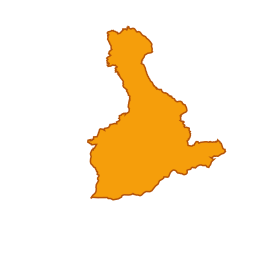 outline of Brad, Hunedoara, Romania, rotated 317°
{"feature_id": "2599482B48493283772972", "entity_name": "Brad", "entity_type": "district", "adm_level": 2, "iso_a3": "ROU", "parent_name": "Romania", "parent_adm1": "Hunedoara", "projection": "equal_earth", "projection_center": [22.817, 46.147], "detail": "fine", "context": "isolated", "style": "filled", "palette": "amber", "viewbox_px": 256, "rotation_deg": 317, "n_neighbors": 0, "source": "geoboundaries", "source_scale": "gbopen_adm2", "svg_char_len": 5906}
<svg xmlns="http://www.w3.org/2000/svg" viewBox="0 0 256 256"><g transform="rotate(317 128 128)"><path d="M181.5,211.8L183.3,211.6L183.4,211.2L183.2,211.0L184.3,209.9L183.9,209.5L183.4,207.8L185.6,203.0L185.6,202.3L185.3,201.7L185.8,200.6L185.4,198.7L185.5,197.9L184.8,198.2L184.7,198.5L183.3,198.5L183.3,198.0L182.9,197.7L182.2,197.8L181.3,196.7L180.0,196.0L179.6,195.3L178.8,194.5L178.9,194.1L178.1,193.6L177.5,193.7L176.2,191.8L175.0,190.7L171.3,188.0L169.5,187.4L169.8,185.7L168.6,184.5L165.7,185.1L164.9,185.6L163.4,184.8L163.0,185.0L162.5,184.8L161.8,184.2L160.1,181.7L161.8,179.2L162.4,177.8L164.6,177.9L164.9,177.2L166.1,177.3L166.9,177.0L168.8,175.8L169.3,175.0L169.9,174.7L169.9,173.5L170.2,173.1L171.1,173.0L170.9,172.3L171.0,171.6L171.3,171.1L172.5,170.1L172.6,169.7L171.1,167.2L169.9,166.2L170.2,164.9L171.1,164.9L171.4,164.5L171.1,162.7L171.4,162.1L172.0,161.7L172.9,161.9L173.1,161.6L172.6,161.0L172.9,160.9L172.7,160.5L171.6,159.5L171.3,158.0L172.0,158.2L173.9,155.8L175.0,155.5L174.6,154.7L175.7,154.5L179.2,155.1L181.2,155.8L182.7,155.6L183.1,155.3L184.5,153.1L185.0,151.7L185.0,151.1L185.4,150.5L185.5,149.8L184.6,148.6L184.8,148.1L184.6,147.5L184.7,146.8L185.1,146.1L184.7,144.4L183.4,143.2L182.1,142.6L181.5,141.7L181.2,139.8L181.7,139.1L181.8,138.2L180.8,136.3L181.4,134.7L181.0,134.7L180.6,133.9L180.8,133.4L180.1,132.9L180.3,131.8L179.8,130.7L180.2,130.4L180.2,129.9L179.5,128.0L179.1,128.0L178.2,126.5L177.8,125.3L178.0,123.6L178.5,122.9L178.5,122.3L177.2,121.5L177.1,120.9L176.6,120.5L176.1,119.5L176.3,118.3L175.7,118.6L176.0,114.9L175.6,114.7L176.8,111.2L176.5,108.9L177.2,106.8L177.2,105.7L177.8,104.6L177.8,103.6L178.5,102.1L178.7,101.1L179.5,99.9L180.2,97.9L181.4,96.1L182.6,92.3L181.7,89.9L183.2,89.2L183.4,88.5L183.9,88.2L184.5,87.9L185.0,88.2L185.5,87.6L187.9,87.2L189.9,86.1L193.4,86.8L196.1,88.6L197.0,88.9L197.9,88.9L197.9,88.2L199.7,86.6L201.0,84.1L202.4,83.2L202.7,82.7L203.1,80.2L203.2,77.4L202.8,75.1L203.1,73.2L202.5,71.6L202.2,71.4L201.8,69.2L202.1,67.3L202.1,65.8L201.3,64.5L200.1,64.0L200.0,63.3L200.4,60.0L200.1,59.1L199.0,58.0L197.6,57.6L197.1,56.3L196.7,54.6L197.1,54.9L197.5,54.8L197.6,54.5L197.3,54.0L197.0,54.4L196.1,53.9L195.8,54.5L195.3,54.5L195.1,54.6L195.2,54.8L194.3,55.5L194.0,55.4L193.5,53.5L192.7,53.2L191.9,52.1L191.6,52.1L191.3,53.0L188.8,53.0L187.5,53.2L186.6,53.1L184.9,52.2L185.3,51.5L185.2,51.2L185.4,51.1L185.4,50.7L185.2,50.5L185.0,50.8L184.5,48.6L183.5,47.3L183.7,46.6L183.0,46.3L182.5,45.6L182.3,45.7L181.3,45.4L179.3,44.3L178.5,44.1L177.6,44.4L177.5,46.7L176.7,47.0L176.3,46.5L175.0,48.3L173.7,49.1L173.2,51.3L172.9,51.7L172.9,52.7L172.5,53.0L172.2,54.2L172.0,54.5L171.7,56.3L169.9,58.4L169.7,59.5L169.2,59.3L167.7,59.5L167.0,59.2L165.8,59.6L165.2,60.3L164.5,60.5L164.6,61.0L165.0,61.2L164.6,62.1L164.9,63.0L163.7,63.0L161.6,62.4L160.1,62.4L160.0,64.1L159.3,64.0L158.5,64.3L158.0,65.8L157.5,65.9L157.5,66.5L157.1,66.7L158.0,67.1L158.2,68.0L157.9,68.2L157.1,68.0L156.4,68.4L155.7,68.2L155.7,69.0L155.5,69.4L156.9,70.2L156.9,70.4L157.6,70.9L159.8,71.5L160.8,73.0L161.6,73.5L161.4,74.7L161.7,75.9L160.9,76.1L160.1,75.6L159.4,75.6L159.0,76.5L159.0,77.5L158.0,77.4L157.9,77.9L157.1,78.5L158.5,79.5L158.2,79.6L158.5,81.4L157.5,81.5L158.0,82.9L157.8,83.0L157.6,83.6L157.3,83.4L157.3,84.1L156.8,86.4L156.7,88.6L156.3,90.8L156.0,91.2L154.9,91.7L154.4,93.1L153.5,93.3L152.9,94.3L152.7,95.4L153.0,96.8L153.0,97.8L153.3,99.3L153.1,99.6L152.2,99.9L151.9,102.3L151.5,102.7L151.4,103.5L150.7,104.2L151.1,105.9L150.7,106.4L149.7,107.0L149.5,107.6L148.3,108.9L148.2,108.7L148.4,108.3L147.7,108.7L147.0,109.5L146.3,109.6L145.7,110.4L144.0,111.4L142.9,112.6L142.5,112.7L142.1,114.9L141.7,115.0L141.1,115.8L139.8,116.7L139.3,116.8L137.6,116.6L136.9,116.2L135.5,116.3L136.1,115.9L136.2,115.5L135.9,115.3L135.5,115.4L135.1,114.5L134.6,114.6L133.8,114.0L132.4,113.7L131.7,114.0L130.1,113.1L128.7,114.7L127.9,114.8L128.1,115.2L127.6,116.3L127.2,116.6L126.0,116.6L125.6,116.3L125.1,116.4L123.7,115.8L122.7,117.2L121.2,115.5L118.7,114.3L117.2,113.2L116.8,113.4L116.4,114.0L115.6,113.9L114.9,114.3L114.1,114.3L113.0,113.9L110.6,112.3L110.0,112.4L109.3,113.7L108.6,111.6L107.2,109.8L106.2,109.7L104.1,111.1L103.6,111.1L103.5,111.4L99.4,113.3L96.8,111.1L95.1,112.7L93.9,111.8L93.2,112.5L91.8,111.6L92.4,110.8L90.4,109.7L89.0,110.9L89.2,111.8L89.5,112.2L89.7,113.7L90.3,114.7L89.9,115.3L90.3,115.8L92.3,117.2L93.8,118.6L89.7,119.9L88.6,119.2L88.5,119.6L87.7,120.3L87.0,119.5L86.3,119.6L83.4,120.9L82.8,121.4L81.5,123.9L79.7,125.0L77.7,126.8L76.8,128.2L76.5,129.3L76.6,131.0L76.3,133.1L77.0,134.9L76.5,135.4L76.0,137.4L75.5,138.2L75.4,139.2L75.7,139.3L75.5,139.7L73.9,140.9L74.1,141.4L74.3,141.6L74.2,141.9L74.6,142.4L74.5,142.8L73.8,143.4L71.6,143.9L71.4,144.3L70.9,144.7L70.8,146.0L70.3,146.5L66.2,147.8L64.0,149.7L63.6,150.6L61.4,152.6L59.3,153.3L56.4,153.2L52.8,154.0L54.7,154.4L58.4,158.3L65.5,164.8L65.4,166.0L67.3,167.9L68.1,170.3L72.6,173.2L76.2,174.1L77.3,173.4L78.3,173.6L79.5,174.1L82.8,177.4L84.4,178.6L85.8,179.2L86.9,179.3L87.2,179.9L87.0,180.5L88.1,182.0L88.3,182.6L89.7,183.9L90.6,185.6L91.2,186.0L92.5,186.3L95.2,186.2L97.8,186.7L100.6,189.5L102.7,190.1L108.5,189.2L111.8,189.5L114.3,188.3L115.3,188.1L118.2,188.8L120.0,188.9L120.7,188.3L121.5,188.8L123.5,191.0L124.5,191.3L128.0,189.7L129.6,189.3L131.7,189.4L132.8,189.9L133.6,191.2L133.9,192.7L133.6,193.7L133.8,195.0L134.6,195.7L135.3,197.0L136.6,198.5L136.7,199.7L137.6,200.7L139.0,201.3L140.2,201.3L141.2,200.7L142.2,199.3L142.5,199.2L143.7,199.7L145.6,200.9L146.7,200.5L148.1,200.5L149.0,201.8L149.4,201.9L149.9,203.1L150.3,203.2L152.7,203.1L155.1,203.9L156.5,205.1L157.0,206.3L158.1,207.4L159.3,208.3L159.4,208.8L159.2,210.3L160.2,211.9L161.6,211.3L163.3,211.1L166.1,209.6L169.5,209.6L168.7,209.1L168.8,208.5L168.5,206.3L168.8,206.7L169.4,207.0L172.0,207.2L172.3,208.0L173.4,208.7L174.5,210.0L179.1,210.8L179.8,211.4L181.5,211.8Z" fill="#f59e0b" stroke="#b45309" stroke-width="1.5"/></g></svg>